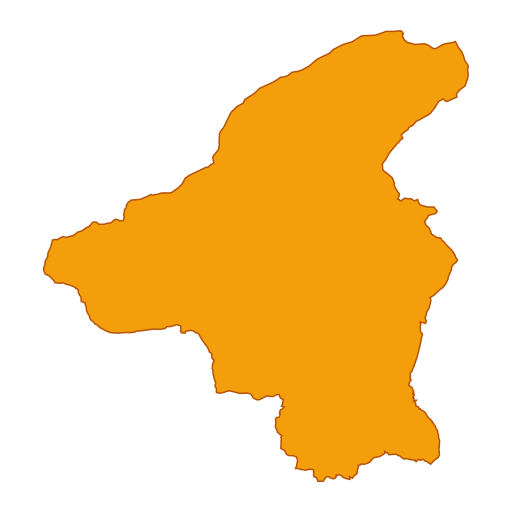 Viseu De Jos, Maramures, Romania (Natural Earth projection)
{"feature_id": "2599482B83061776442061", "entity_name": "Viseu De Jos", "entity_type": "district", "adm_level": 2, "iso_a3": "ROU", "parent_name": "Romania", "parent_adm1": "Maramures", "projection": "natural_earth1", "projection_center": [24.351, 47.741], "detail": "fine", "context": "isolated", "style": "filled", "palette": "amber", "viewbox_px": 512, "rotation_deg": 0, "n_neighbors": 0, "source": "geoboundaries", "source_scale": "gbopen_adm2", "svg_char_len": 6015}
<svg xmlns="http://www.w3.org/2000/svg" viewBox="0 0 512 512"><path d="M430.6,464.2L434.4,460.2L438.1,457.6L439.5,454.9L439.0,449.5L439.6,440.7L438.7,437.9L438.3,434.0L437.4,432.1L437.7,430.7L436.2,428.8L435.2,425.9L434.4,425.2L433.0,422.8L432.3,422.5L432.1,421.2L431.1,420.5L430.8,419.6L429.2,418.7L426.0,414.2L425.9,413.1L423.7,411.3L420.4,409.4L420.2,408.8L418.9,408.6L418.8,407.6L418.2,406.8L415.9,405.8L415.7,403.8L414.7,401.8L413.9,401.3L416.2,400.7L416.4,400.3L414.4,400.3L413.6,399.8L413.7,398.3L413.3,398.0L413.8,398.0L413.4,397.0L413.6,395.7L413.1,393.8L414.1,394.6L413.4,390.7L412.7,389.9L412.6,388.7L411.7,387.3L408.6,385.1L410.4,380.2L411.1,380.1L410.0,378.3L410.5,376.0L410.1,374.1L410.3,373.1L412.2,371.0L412.2,369.7L413.8,366.7L416.9,357.7L420.1,345.1L421.6,337.2L422.5,334.8L422.3,333.7L421.4,333.1L420.3,331.1L420.3,326.4L420.8,324.8L420.0,322.0L425.4,323.4L426.4,321.4L425.0,317.7L426.4,314.5L426.7,311.9L428.9,308.5L430.4,303.0L430.9,300.2L430.5,299.4L430.6,298.2L430.1,297.5L434.0,295.2L440.4,289.2L441.9,288.3L445.2,284.8L447.9,279.5L448.5,276.3L451.2,270.5L451.7,267.2L452.4,265.6L453.1,264.6L456.6,261.8L457.3,260.2L457.0,259.0L456.1,258.1L454.8,254.8L452.2,250.6L446.4,245.0L444.3,242.1L441.8,240.1L440.8,238.1L436.7,237.5L432.0,234.4L431.2,233.6L430.9,232.0L429.2,228.1L425.7,224.9L425.4,223.2L424.5,221.7L424.6,221.2L427.4,217.8L428.5,215.4L435.5,213.5L437.0,212.0L437.0,210.7L435.6,209.5L434.4,207.3L433.7,207.0L428.0,207.1L421.2,205.3L419.9,204.4L418.5,202.6L417.6,199.5L414.5,200.9L410.6,198.6L408.5,199.0L405.0,198.1L402.3,199.7L401.4,200.9L400.7,201.0L400.1,200.9L399.5,199.7L397.6,199.2L399.1,196.0L399.4,193.6L398.2,192.5L395.1,187.5L394.4,185.5L394.1,182.4L392.4,178.0L387.3,173.5L383.5,170.7L382.8,169.3L382.3,164.5L382.9,163.1L385.7,159.5L388.3,154.7L390.4,151.7L397.2,143.6L399.7,141.4L400.1,140.1L402.8,138.4L401.3,134.9L402.6,133.4L408.1,129.5L408.7,127.6L409.9,126.6L412.6,125.6L416.3,121.2L419.3,119.9L429.2,114.3L430.8,112.8L434.5,108.1L438.5,101.7L443.1,98.8L444.8,100.7L447.0,101.5L456.9,97.0L456.5,94.3L456.8,93.4L459.8,89.9L465.1,85.8L467.7,78.1L468.2,74.7L467.5,69.6L468.3,66.3L467.5,64.4L464.9,60.9L463.3,55.4L461.9,52.0L458.3,47.3L455.4,41.5L452.0,42.7L444.9,43.8L442.0,44.9L437.1,47.9L435.0,48.7L433.2,48.4L427.2,44.6L424.4,43.8L414.4,44.5L412.6,43.6L407.7,42.7L404.4,39.9L402.5,36.3L402.8,35.2L402.4,34.7L403.2,33.6L402.3,31.9L400.4,30.7L394.0,31.4L386.2,31.4L375.5,35.2L361.4,35.9L352.2,41.8L342.7,44.6L333.3,49.5L329.5,53.2L317.3,59.1L309.3,65.9L301.6,70.2L298.5,71.2L291.9,72.3L287.5,75.8L284.6,76.8L280.3,77.3L278.3,79.0L272.8,82.3L259.7,88.3L254.3,93.4L244.7,99.6L243.1,103.3L237.3,106.3L231.0,112.4L223.4,127.9L220.5,131.2L219.5,134.0L219.0,142.4L219.5,144.7L219.1,145.6L218.4,149.8L213.0,156.2L212.8,157.9L213.7,162.8L213.3,163.5L210.5,164.8L208.3,167.1L205.8,167.4L189.5,175.2L185.1,178.3L182.8,182.9L181.6,184.5L178.1,187.9L171.0,192.9L161.1,193.0L157.8,194.3L154.7,194.6L153.9,195.0L152.3,195.1L151.3,194.5L150.6,194.6L147.5,196.4L140.1,199.4L131.0,200.1L127.7,202.9L126.3,205.7L126.1,207.9L124.7,209.3L123.6,215.3L124.3,217.2L123.3,220.3L119.9,221.1L117.9,219.7L115.6,219.2L113.0,221.0L111.2,222.7L106.6,223.4L104.9,224.2L99.7,224.3L98.3,223.9L96.7,222.3L95.5,222.0L92.8,222.2L88.9,226.7L87.0,227.3L81.6,231.0L77.2,232.3L75.4,234.2L72.6,235.7L66.1,237.4L63.1,236.6L59.5,238.3L57.8,239.5L54.2,239.6L52.3,240.2L52.4,240.6L50.6,247.2L48.0,253.0L47.8,255.7L47.2,257.9L46.1,259.5L45.1,261.8L44.9,265.4L43.7,267.4L43.7,270.1L44.8,273.3L45.7,274.3L48.6,275.5L50.2,276.9L53.6,280.3L54.8,282.7L61.0,283.3L61.4,282.8L63.1,282.8L66.5,284.4L69.5,284.9L74.2,286.9L75.4,287.6L75.6,288.4L76.4,288.5L78.4,290.0L78.1,291.0L78.6,293.4L79.5,294.7L79.6,295.4L80.8,296.5L81.0,297.2L81.2,301.1L82.0,301.8L85.1,302.7L85.0,303.8L86.3,307.4L86.4,310.3L87.9,313.7L89.1,315.3L90.3,319.4L94.1,322.6L94.9,324.1L96.9,324.7L99.8,327.5L107.3,331.6L109.3,331.8L110.1,332.6L117.9,333.1L125.3,332.5L130.7,332.6L135.3,331.9L136.6,331.0L139.7,331.0L153.1,329.1L160.4,329.3L165.0,328.5L166.9,326.7L171.0,326.5L176.3,324.7L179.7,325.4L180.7,326.0L180.9,329.4L180.4,330.8L181.4,331.7L181.1,332.4L181.4,332.8L185.1,333.1L185.5,331.6L186.2,331.1L191.1,330.3L193.6,331.1L195.8,332.8L197.5,332.9L198.4,333.5L202.2,340.2L207.6,347.4L209.6,352.2L211.1,353.2L211.9,354.4L211.7,356.8L212.0,358.2L213.1,358.7L213.1,359.7L214.1,360.1L212.5,364.8L212.2,368.4L213.1,371.1L212.9,373.4L213.6,375.3L213.9,377.8L215.5,382.4L215.6,383.7L214.9,385.7L215.4,387.0L216.3,388.1L216.5,392.5L219.6,393.3L224.7,392.2L226.1,391.4L230.0,390.8L239.7,393.4L247.8,393.1L251.0,394.2L253.4,398.2L257.3,399.9L259.8,399.5L267.3,395.7L268.6,396.4L273.1,396.5L276.7,394.6L279.2,394.6L279.8,396.9L280.7,398.1L283.5,399.9L282.9,401.2L282.8,403.1L281.6,406.3L284.1,406.8L282.9,408.5L280.2,410.2L279.4,413.2L280.2,413.7L279.4,416.6L278.8,417.2L276.4,417.6L275.6,418.4L275.6,420.7L276.0,422.7L275.4,425.8L275.5,427.3L276.8,429.9L277.6,432.5L281.8,435.7L280.8,437.2L281.4,438.7L281.0,441.9L281.1,443.8L280.8,448.4L282.4,449.5L284.3,450.0L286.2,453.9L287.3,454.8L288.5,455.5L293.2,455.7L296.6,457.0L297.6,460.7L296.4,466.3L295.5,468.5L298.9,468.7L301.0,469.6L302.8,469.6L304.6,470.2L308.3,469.6L308.5,469.1L313.6,469.8L313.6,476.2L314.0,476.8L316.2,477.2L317.9,481.3L323.2,481.2L326.0,477.3L326.8,476.7L328.6,476.7L330.0,477.7L332.6,478.7L334.0,478.7L335.1,478.1L335.6,476.8L336.6,476.7L336.2,474.9L340.8,475.1L343.0,477.3L345.9,478.5L349.9,479.4L349.6,476.7L352.5,478.2L353.7,476.1L356.4,474.1L356.5,473.4L357.3,473.0L357.1,472.5L357.5,469.8L358.5,466.9L358.3,465.3L360.2,465.0L361.1,464.1L364.5,464.2L368.2,463.0L369.8,462.0L373.7,457.7L379.6,456.6L384.9,453.3L384.8,451.6L386.4,452.7L387.6,452.7L388.7,454.7L396.3,454.1L398.1,455.6L399.9,455.9L402.1,458.0L403.7,458.9L406.7,458.7L411.2,459.8L414.3,460.0L415.3,460.3L415.0,460.9L416.1,461.5L416.6,461.5L418.0,459.6L419.9,459.8L420.3,460.4L423.0,459.3L424.0,459.9L424.6,460.8L427.8,461.9L428.7,463.0L429.2,463.0L430.6,464.2Z" fill="#f59e0b" stroke="#b45309" stroke-width="1.5"/></svg>